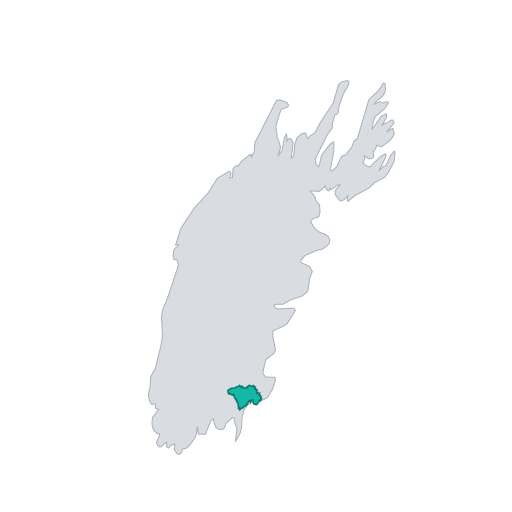 location of Svalbarðshreppur, Norðurland eystra, Iceland, rotated 119°
{"feature_id": "244011B84342259441214", "entity_name": "Svalbarðshreppur", "entity_type": "district", "adm_level": 2, "iso_a3": "ISL", "parent_name": "Iceland", "parent_adm1": "Norðurland eystra", "projection": "natural_earth1", "projection_center": [-15.752, 66.091], "detail": "fine", "context": "in_parent", "style": "filled", "palette": "teal", "viewbox_px": 512, "rotation_deg": 119, "n_neighbors": 0, "source": "geoboundaries", "source_scale": "gbopen_adm2", "svg_char_len": 8046}
<svg xmlns="http://www.w3.org/2000/svg" viewBox="0 0 512 512"><g transform="rotate(119 256 256)"><path d="M391.7,191.7L396.2,191.8L403.5,190.1L414.0,185.1L418.4,184.0L428.5,184.0L416.3,188.9L411.7,194.2L408.3,196.8L408.4,198.0L417.0,201.2L421.2,200.2L423.0,200.6L424.7,202.1L425.8,205.2L425.1,208.3L422.6,211.5L419.2,214.2L419.7,215.0L422.4,215.5L436.7,213.9L438.3,217.8L439.6,219.1L439.2,220.4L433.6,224.6L440.3,221.9L445.6,221.2L454.6,222.5L458.3,224.0L460.6,226.7L465.0,225.9L467.1,227.4L467.2,229.0L465.2,233.5L459.9,235.7L463.2,239.0L465.9,239.0L466.4,239.8L466.1,241.7L462.0,244.0L468.8,246.5L469.7,247.4L469.3,250.3L468.2,251.9L466.1,252.9L461.2,253.0L458.2,254.1L459.3,255.9L458.3,260.7L454.5,264.7L450.9,266.8L447.3,268.2L437.4,266.7L437.9,270.1L434.3,272.2L435.0,274.0L436.3,274.9L435.7,277.2L431.2,281.9L428.0,283.4L421.6,285.3L412.5,289.6L403.2,289.5L380.4,295.7L371.4,299.0L355.2,309.0L348.4,311.6L336.7,312.8L301.6,319.4L297.6,323.3L297.4,324.2L299.0,325.7L296.3,328.5L291.0,330.5L288.5,330.5L284.1,328.8L283.6,329.6L285.3,331.7L268.1,335.1L244.3,333.3L223.4,328.4L206.8,327.5L195.2,320.7L194.9,319.6L196.3,317.6L200.5,316.7L198.6,314.7L191.3,318.2L189.0,318.1L186.1,316.7L186.0,315.3L180.1,314.7L170.0,310.4L169.3,309.5L171.8,308.0L171.3,307.8L165.8,308.0L157.6,311.9L109.8,313.5L108.2,311.4L106.6,303.7L108.4,300.4L110.4,300.7L115.8,305.1L128.7,302.7L133.9,301.0L138.9,296.8L141.7,295.5L145.8,290.1L149.8,286.9L158.0,285.3L150.8,284.4L138.6,288.6L134.5,288.6L136.5,286.8L140.7,284.7L137.9,284.5L136.8,283.6L136.8,281.6L139.0,278.4L153.4,272.7L150.1,271.6L140.1,276.0L132.9,277.5L127.2,275.5L124.5,272.8L124.7,271.7L128.3,268.3L127.7,267.6L125.4,267.3L119.3,264.1L109.3,264.5L84.7,262.6L65.9,267.0L61.5,265.0L58.1,260.7L58.9,259.0L62.2,258.0L71.3,258.2L84.8,256.1L91.0,253.6L93.3,254.2L94.4,255.5L102.7,253.6L107.2,251.4L114.5,252.4L142.4,251.2L146.1,248.3L147.7,244.9L147.1,244.2L136.7,247.4L134.4,247.3L122.7,245.6L118.5,243.7L120.0,242.2L126.4,238.9L142.5,233.5L144.8,232.4L145.1,231.0L138.9,228.7L126.9,229.4L123.9,226.6L114.1,225.0L107.4,226.0L104.0,224.3L64.5,233.1L52.0,229.0L43.0,228.4L42.3,227.1L47.8,223.3L51.4,222.6L55.0,222.9L61.8,225.6L66.5,226.4L60.8,222.5L60.7,218.7L58.9,217.8L57.2,215.3L58.0,214.4L65.1,215.0L76.3,219.3L82.0,218.5L89.4,215.8L73.1,214.2L68.3,210.8L72.0,209.0L80.4,209.2L71.3,203.3L70.9,202.3L72.6,199.7L84.3,201.9L78.3,198.5L78.1,197.7L79.9,197.0L81.0,194.9L84.0,194.0L89.9,194.8L98.9,198.8L100.2,200.0L100.4,204.1L104.0,203.4L108.3,204.0L112.0,201.2L114.5,201.9L116.3,204.3L115.8,209.8L118.4,207.9L122.7,207.8L123.6,203.3L122.9,199.6L109.1,195.5L103.7,192.5L104.4,191.4L107.2,190.5L121.9,189.8L115.7,188.0L114.2,186.2L103.0,186.9L97.4,186.1L97.4,185.2L99.7,183.8L106.5,181.0L119.4,180.8L124.5,181.5L134.2,187.7L142.0,190.2L154.9,198.6L163.3,201.9L163.7,202.7L162.2,203.7L158.9,204.8L163.9,206.2L166.9,208.4L167.0,209.4L164.0,216.2L160.7,218.4L152.9,217.1L154.7,219.3L160.2,221.6L161.5,222.8L160.6,224.1L163.3,223.7L164.1,224.4L162.7,228.3L161.3,229.7L165.9,230.5L169.1,232.4L172.7,240.2L175.1,234.2L176.3,232.0L178.2,231.2L180.7,225.1L186.1,221.5L191.1,220.1L196.0,224.4L199.7,224.8L203.7,217.3L204.4,211.8L203.4,205.8L204.2,201.5L206.8,198.9L210.1,198.1L217.1,200.7L222.9,206.7L231.5,213.2L237.7,214.8L238.8,214.6L239.9,212.5L239.2,203.9L242.2,199.3L249.5,198.2L260.7,194.0L263.2,193.9L268.6,196.3L278.2,204.9L285.1,209.0L288.7,215.4L290.3,216.6L291.8,214.6L292.0,211.7L283.8,198.5L283.7,196.7L284.6,195.2L299.7,195.9L303.1,197.4L313.5,204.9L318.7,201.9L329.1,193.0L332.6,193.2L341.3,196.9L344.8,196.5L355.1,193.3L357.3,189.2L353.0,180.7L354.8,179.0L364.3,176.9L374.6,177.3L385.1,185.1L385.5,188.8L391.7,191.7Z" fill="#d9dde1" stroke="#a8b0b8" stroke-width="1"/><path d="M387.4,215.4L389.4,213.8L389.3,213.7L389.0,213.5L388.9,213.3L389.2,213.1L389.7,212.8L389.8,212.8L389.8,212.7L389.5,212.4L389.4,212.3L389.3,212.1L389.3,211.9L389.1,211.8L389.1,211.7L388.9,211.5L388.9,211.4L389.0,211.2L388.9,211.1L389.0,210.9L389.1,210.7L389.2,210.2L389.0,209.9L389.1,209.6L388.8,209.5L388.8,209.4L388.9,209.2L389.0,209.1L388.9,208.9L389.0,208.8L389.0,208.7L388.8,208.5L388.8,208.4L388.5,208.4L388.3,208.2L388.0,208.2L388.3,207.9L388.9,207.4L389.2,207.2L389.3,207.1L389.5,206.9L389.8,206.7L390.0,206.5L390.1,206.1L390.1,205.9L390.3,205.8L390.3,205.6L390.6,205.5L390.7,205.3L390.8,205.2L391.1,204.7L391.2,204.4L391.4,204.2L390.9,204.0L391.0,203.8L391.1,203.6L391.3,203.4L391.5,203.1L391.6,202.9L391.9,202.6L392.1,202.6L392.4,202.4L392.4,202.2L392.6,202.1L392.8,202.0L392.7,201.9L393.1,201.3L393.2,201.1L393.3,200.9L393.5,200.5L393.5,200.3L393.7,200.1L393.8,200.0L394.0,199.7L394.4,199.5L395.0,199.4L395.3,199.3L395.9,198.8L395.9,198.6L396.3,198.0L396.6,198.0L396.6,197.9L396.9,197.8L397.2,197.8L397.6,197.7L397.5,197.4L397.5,197.2L397.8,197.1L397.6,196.9L397.0,197.0L396.8,196.8L397.2,196.6L397.5,196.6L397.5,196.4L397.5,196.2L398.2,195.9L398.4,195.7L397.3,195.2L396.1,195.0L395.8,194.6L395.4,194.1L395.3,193.9L395.2,193.9L394.6,193.6L394.4,193.7L393.7,193.7L393.4,193.6L393.3,193.4L393.1,193.2L392.9,193.2L392.6,193.1L392.6,192.9L392.4,192.7L392.2,192.4L392.2,192.2L391.8,192.4L391.5,192.5L391.0,192.3L390.9,192.3L390.6,192.2L390.3,192.1L390.4,191.8L390.3,191.7L390.2,191.6L389.7,191.6L389.4,191.7L389.3,191.8L388.9,192.0L388.5,192.1L387.9,192.0L387.9,191.8L387.5,191.8L387.3,191.8L387.1,191.9L386.8,192.0L386.3,191.8L386.1,191.9L385.4,191.6L385.4,191.4L385.5,191.1L385.7,190.8L385.7,190.7L385.9,190.6L385.8,190.4L385.9,190.2L386.0,190.2L386.3,190.0L386.2,190.0L386.2,189.9L385.9,189.7L385.4,189.9L385.1,190.0L384.7,190.2L384.3,190.0L384.2,189.9L383.5,189.5L383.4,189.4L383.2,189.1L383.3,188.9L383.7,188.7L383.9,188.5L384.3,188.2L384.6,188.1L385.4,187.6L385.6,187.2L386.1,186.8L386.2,186.7L386.5,185.8L386.1,185.1L385.9,184.9L386.0,184.6L386.1,184.4L386.1,184.2L385.9,184.0L385.9,183.7L385.7,183.5L385.6,183.3L385.2,183.1L384.5,183.2L384.4,183.2L384.2,183.1L383.8,183.1L383.7,183.0L383.4,183.1L382.8,183.1L382.6,183.0L382.4,182.9L382.2,182.9L381.5,182.8L380.8,183.0L380.6,183.1L380.2,182.9L379.9,182.7L380.1,182.5L380.6,182.3L380.8,182.2L380.7,182.0L380.1,182.0L380.3,181.9L380.2,181.9L379.8,182.0L379.6,182.2L379.3,182.3L379.0,182.2L378.7,182.3L378.5,182.2L378.5,181.9L378.4,181.9L377.9,181.9L377.8,182.0L377.7,182.3L377.8,182.4L377.6,182.7L377.7,182.9L377.7,183.0L377.3,183.1L376.9,183.3L377.0,183.5L376.6,183.6L376.4,183.8L376.3,184.0L376.1,184.2L376.0,184.4L376.1,184.5L375.8,184.8L376.3,185.1L376.3,185.3L376.3,185.5L376.2,185.6L376.0,185.8L375.6,185.9L375.5,186.1L375.1,186.2L375.0,186.3L375.0,186.5L374.8,186.5L375.1,186.7L375.1,186.9L375.0,187.0L374.9,187.1L374.9,187.4L374.8,187.5L375.0,187.7L374.9,187.8L374.7,187.9L374.9,188.0L375.5,188.4L375.7,188.5L375.5,188.8L375.4,188.7L375.4,188.8L375.1,188.9L374.9,189.0L374.7,189.3L374.4,189.4L374.2,189.6L373.8,189.7L373.8,189.8L373.5,190.0L373.0,190.0L372.8,190.1L372.7,190.2L372.4,190.3L372.5,190.4L372.5,190.5L372.9,190.7L373.0,190.7L372.9,190.8L373.1,191.0L372.9,191.2L372.9,191.3L372.8,191.5L372.9,191.8L372.8,192.0L372.6,192.1L372.7,192.4L372.6,192.5L372.0,192.6L371.9,192.8L371.6,192.9L371.7,193.0L371.6,193.3L371.5,193.6L371.6,193.8L371.4,193.8L371.2,193.8L371.1,193.7L371.1,193.8L370.9,193.8L371.0,193.8L370.9,193.9L370.9,194.0L371.0,194.0L370.9,194.0L370.9,194.4L371.0,194.4L371.0,194.5L370.7,194.7L370.6,194.8L370.7,195.1L370.8,195.2L370.6,195.4L372.2,196.5L372.1,198.5L372.3,198.8L372.4,199.0L372.6,199.1L372.7,199.3L372.9,199.3L373.0,199.4L372.9,199.5L373.4,199.7L373.5,199.8L373.8,199.9L374.1,199.7L374.4,199.8L374.5,200.0L375.1,200.1L375.3,200.0L375.7,199.9L375.6,200.7L377.5,202.4L376.6,205.0L376.8,205.0L376.8,204.9L377.0,204.8L377.4,204.9L377.4,205.1L377.6,205.1L378.0,205.1L377.9,205.2L377.9,205.3L377.6,205.4L377.7,205.6L377.6,205.8L377.5,206.1L377.3,206.4L377.4,206.5L377.5,206.9L377.6,207.0L377.6,207.5L377.4,207.7L378.2,208.1L379.4,209.1L380.5,209.7L380.6,209.8L380.6,210.0L380.8,210.1L382.2,210.9L382.3,211.0L382.5,211.6L383.1,212.7L384.6,214.1L385.5,214.7L387.4,215.4Z" fill="#14b8a6" stroke="#0f766e" stroke-width="1.5"/></g></svg>